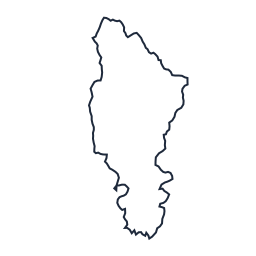 São José da Safira, Minas Gerais, Brazil (Equal Earth projection), rotated 14°
{"feature_id": "56859067B51877249726479", "entity_name": "São José da Safira", "entity_type": "district", "adm_level": 2, "iso_a3": "BRA", "parent_name": "Brazil", "parent_adm1": "Minas Gerais", "projection": "equal_earth", "projection_center": [-42.12, -18.326], "detail": "fine", "context": "isolated", "style": "outline", "palette": "slate", "viewbox_px": 256, "rotation_deg": 14, "n_neighbors": 0, "source": "geoboundaries", "source_scale": "gbopen_adm2", "svg_char_len": 2470}
<svg xmlns="http://www.w3.org/2000/svg" viewBox="0 0 256 256"><g transform="rotate(14 128 128)"><path d="M71.9,49.2L74.9,52.2L77.1,53.5L78.7,55.3L78.9,58.4L80.4,61.4L82.7,64.0L85.0,66.0L84.9,68.8L84.7,71.8L87.4,74.0L88.4,77.4L89.5,80.4L90.1,84.8L89.9,88.5L87.0,89.3L84.3,91.4L83.2,95.0L82.2,98.9L84.1,102.2L86.0,106.2L85.0,111.7L84.7,115.5L86.0,117.6L87.3,121.3L89.9,125.3L90.8,128.9L92.5,132.4L94.6,135.4L95.3,138.1L95.2,141.3L96.1,144.0L96.6,146.8L98.2,150.4L100.0,153.7L100.4,156.4L101.0,159.2L102.9,160.2L105.1,159.1L107.6,159.8L110.3,159.7L113.9,158.9L114.4,162.4L113.8,166.2L116.0,167.5L118.2,169.7L120.0,171.6L122.9,172.3L126.5,173.6L129.1,175.1L131.2,178.5L131.0,182.3L130.8,186.6L133.2,185.9L135.7,184.5L138.6,183.8L140.7,184.9L143.1,186.5L142.9,189.9L142.0,192.9L140.2,194.7L138.3,195.8L136.5,197.2L135.4,199.8L135.7,203.2L137.7,205.8L140.1,207.8L142.2,208.9L144.7,207.2L145.9,211.3L145.4,215.4L147.2,217.3L149.5,219.0L150.7,222.0L149.2,225.7L151.3,225.1L154.3,226.3L157.1,229.2L158.9,225.7L161.5,229.5L163.6,226.6L165.9,225.9L167.7,227.6L170.8,228.4L171.1,225.2L173.8,227.4L175.4,230.1L177.7,227.6L179.1,225.0L180.4,222.6L180.6,218.2L182.8,215.7L184.1,212.4L183.3,207.9L183.9,203.1L183.5,199.8L182.4,196.9L180.1,196.6L177.5,196.6L177.6,193.7L180.5,192.1L182.3,189.9L183.4,186.6L184.0,182.5L181.3,181.2L178.5,180.3L176.2,178.5L173.4,179.6L174.2,174.8L177.0,171.9L179.1,170.6L181.3,168.9L183.5,166.7L182.4,163.8L180.1,161.3L177.5,160.9L175.1,162.2L172.8,162.1L170.0,160.6L166.9,157.9L163.6,157.2L162.8,153.7L162.1,149.7L164.2,145.0L167.2,142.0L169.2,138.9L167.9,135.7L167.2,131.5L165.4,128.9L164.3,125.9L166.3,124.9L166.6,122.0L168.4,119.6L167.9,116.3L166.7,112.8L169.1,110.0L170.4,105.9L170.3,101.9L171.5,98.6L174.8,95.5L176.0,91.7L175.4,88.2L173.9,85.2L173.5,82.4L171.6,79.5L171.4,76.7L172.8,73.3L175.3,71.4L174.5,68.6L173.6,65.1L171.0,65.1L167.7,64.3L164.6,64.8L161.1,65.7L158.1,66.0L155.9,63.2L153.1,61.6L150.8,61.9L148.7,61.6L146.6,59.5L144.5,57.1L143.4,54.3L141.2,54.7L139.4,51.6L136.5,49.7L134.5,48.8L132.4,50.2L130.0,49.4L127.9,46.8L125.9,45.9L123.7,42.9L121.3,40.6L119.0,37.5L115.9,35.2L113.4,33.6L110.7,34.9L108.3,37.4L105.9,39.9L103.9,38.7L102.6,36.6L100.6,34.9L99.9,31.3L97.9,28.9L95.8,27.0L93.7,25.9L91.6,27.0L89.2,27.0L87.1,26.5L85.2,28.1L83.0,27.1L80.4,26.5L78.0,26.8L77.1,29.6L76.5,33.2L76.2,37.0L75.5,41.1L74.8,43.8L74.5,47.1L71.9,49.2ZM130.8,186.6L129.3,189.9L131.7,191.2L130.8,186.6Z" fill="none" stroke="#1e293b" stroke-width="2"/></g></svg>